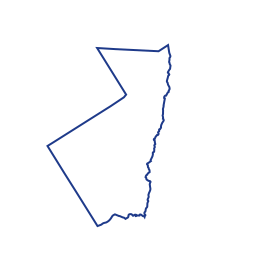 an SVG outline of Chaco, rotated 58°
{"feature_id": "ARG-1306", "entity_name": "Chaco", "entity_type": "Province", "adm_level": 1, "iso_a3": "ARG", "parent_name": "Argentina", "parent_adm1": "", "projection": "natural_earth1", "projection_center": [-59.946, -26.062], "detail": "fine", "context": "isolated", "style": "outline", "palette": "blue", "viewbox_px": 256, "rotation_deg": 58, "n_neighbors": 0, "source": "natural_earth", "source_scale": "10m", "svg_char_len": 4941}
<svg xmlns="http://www.w3.org/2000/svg" viewBox="0 0 256 256"><g transform="rotate(58 128 128)"><path d="M212.2,161.1L211.4,161.1L211.0,161.5L210.7,162.0L210.0,162.3L208.5,162.8L208.0,163.2L207.7,163.7L207.8,164.2L208.3,164.7L208.0,165.2L207.4,166.0L207.1,166.6L207.0,166.9L207.0,167.2L206.9,167.9L206.8,168.1L206.5,168.0L206.3,167.8L206.3,167.7L206.2,167.3L206.0,167.1L205.7,167.3L205.5,167.6L205.3,167.9L205.2,168.2L205.1,168.5L205.1,169.3L205.2,169.9L205.0,170.3L203.3,170.6L202.6,171.1L202.1,171.9L201.9,173.1L202.1,173.6L202.6,174.1L203.4,174.7L203.8,175.5L203.8,176.3L203.7,178.3L203.3,178.4L202.4,178.7L202.0,178.9L200.8,180.0L198.3,181.7L198.2,181.9L198.0,182.2L194.5,184.7L194.3,184.9L194.2,186.3L194.2,187.0L194.3,187.7L194.6,188.4L195.5,190.2L196.0,191.5L196.4,192.9L196.6,194.4L196.6,195.9L196.5,196.7L195.8,198.7L195.7,199.4L195.6,200.2L195.8,201.6L195.7,202.4L195.0,205.8L170.7,205.8L155.9,205.8L132.6,205.9L100.6,205.8L100.6,198.2L100.4,157.4L100.3,136.0L100.3,131.4L99.8,115.2L98.7,111.9L43.8,111.8L54.0,97.5L79.1,61.4L78.9,50.1L86.2,53.2L88.6,53.7L89.1,53.8L89.4,53.9L89.6,54.0L90.0,54.4L90.2,54.7L90.3,54.9L90.4,55.3L90.6,55.6L90.9,55.9L92.3,56.8L93.6,58.0L93.9,58.2L94.1,58.2L94.8,58.3L96.1,58.8L96.8,58.8L97.3,58.8L97.6,58.9L97.8,59.0L98.9,60.0L99.7,60.6L100.0,60.9L100.2,61.1L100.3,61.5L100.4,61.9L101.7,64.4L101.9,64.7L102.1,64.8L102.2,64.7L102.3,64.6L102.5,64.5L103.0,64.7L103.3,64.7L103.5,64.8L103.9,64.6L104.1,64.6L104.4,64.6L104.6,64.8L104.8,65.1L104.8,65.3L104.9,65.5L105.0,65.9L105.0,66.1L105.4,66.6L106.7,67.9L107.2,68.5L108.7,70.1L109.0,70.3L109.7,70.5L109.9,70.5L110.3,70.4L110.5,70.4L111.9,70.9L112.6,71.1L112.8,71.1L114.6,71.2L115.1,71.2L116.4,71.7L116.8,72.0L117.0,72.1L117.2,72.3L118.1,73.9L118.3,74.1L118.8,74.2L119.0,74.4L119.0,74.6L119.0,75.0L119.0,75.5L119.2,75.9L120.5,78.1L120.7,78.5L120.4,78.9L120.3,79.1L120.3,79.4L120.4,79.9L120.5,80.2L120.6,80.5L121.3,81.2L121.6,81.4L121.8,81.5L122.0,81.4L122.2,81.2L122.4,81.1L122.5,81.2L122.7,81.3L127.4,85.6L127.7,85.9L128.1,86.0L128.3,86.2L129.2,87.0L130.3,88.2L130.5,88.4L131.5,88.8L133.6,90.2L133.8,90.3L134.8,91.0L135.1,91.3L135.5,91.8L135.7,92.0L136.0,92.1L137.2,92.5L137.5,92.6L137.8,92.8L138.5,93.3L138.7,93.5L138.9,93.4L139.2,93.3L139.5,93.3L139.8,93.4L140.3,93.6L140.6,93.8L140.7,94.0L141.1,94.7L141.5,95.7L141.8,96.3L142.2,96.8L142.7,97.7L143.1,98.2L143.7,98.8L144.1,99.2L144.9,99.6L145.1,99.8L145.3,100.0L145.5,100.5L145.9,101.3L146.0,101.5L145.9,101.7L145.7,101.9L145.7,102.1L145.8,102.4L146.0,102.6L147.1,103.2L147.3,103.4L147.3,103.7L147.3,104.0L147.5,104.6L147.6,104.8L147.8,104.9L148.7,105.0L149.1,105.1L149.3,105.3L149.4,105.5L149.6,105.8L149.7,106.0L149.7,106.3L149.7,106.5L149.5,106.8L149.4,106.9L149.3,107.0L149.6,107.8L149.7,108.0L149.8,108.2L149.8,108.6L149.9,108.9L150.1,109.3L150.8,110.2L150.9,110.4L151.0,110.6L151.0,110.8L151.0,111.1L151.0,111.4L151.1,111.7L151.3,112.1L151.6,112.2L151.8,112.3L151.9,112.2L152.2,111.9L152.3,111.8L152.5,111.9L152.9,112.2L153.1,112.2L153.3,112.3L153.5,112.4L153.8,112.5L154.1,112.6L154.6,112.9L154.9,113.1L155.1,113.1L155.6,113.2L156.0,113.4L156.2,113.5L156.3,113.8L156.3,114.1L156.4,114.5L156.6,114.7L156.8,114.9L156.9,115.0L158.0,115.2L158.4,115.4L158.5,115.5L159.0,116.4L159.2,116.7L159.4,116.8L160.3,117.2L161.4,118.0L161.7,118.2L161.9,118.4L161.9,118.6L162.0,118.8L161.9,119.3L161.9,119.6L162.0,119.9L162.2,120.1L162.4,120.3L163.0,120.5L163.6,120.9L165.0,122.3L167.2,125.8L167.4,126.0L167.6,126.1L168.2,126.1L168.4,128.6L168.4,129.7L168.3,130.2L168.4,130.5L168.5,130.8L168.7,131.0L168.9,131.0L169.1,131.1L169.3,131.0L169.6,130.9L169.8,130.9L170.0,130.9L170.7,131.2L171.5,131.7L171.8,131.8L172.0,131.8L172.6,131.7L172.8,131.7L173.1,131.8L173.8,132.1L174.2,132.1L174.8,132.1L175.1,132.1L175.5,132.3L176.3,132.7L176.6,132.9L176.9,133.1L176.9,133.3L176.9,133.8L177.0,134.9L177.1,135.2L177.2,135.6L177.6,136.2L177.8,136.5L177.7,136.9L177.7,137.2L177.9,137.7L178.4,138.6L178.8,138.9L179.1,139.2L179.4,139.1L179.6,139.0L179.8,139.0L180.0,139.0L180.9,139.4L181.2,139.5L181.6,139.5L181.8,139.4L182.2,139.3L182.8,138.9L183.4,138.8L183.7,138.6L184.0,138.3L184.2,138.0L184.3,137.9L184.5,137.7L184.8,137.5L185.0,137.4L185.5,137.4L185.7,137.5L186.0,138.0L186.2,138.4L187.2,139.3L187.4,139.5L188.6,140.0L189.7,140.5L191.2,141.1L192.2,141.8L192.8,142.5L193.6,143.6L193.9,144.1L194.3,144.7L195.2,145.7L195.5,146.1L195.9,146.3L197.3,146.9L197.5,147.1L197.7,147.3L198.1,147.9L198.9,149.1L199.2,149.3L199.4,149.5L199.7,149.5L200.1,149.4L200.3,149.4L200.7,149.6L200.9,149.7L201.0,149.9L201.5,150.7L202.2,151.5L204.7,153.2L204.9,153.4L205.1,153.6L205.2,153.8L205.3,154.1L205.4,154.3L205.5,154.7L205.6,155.0L205.7,155.3L206.1,155.8L207.8,157.3L208.0,157.5L208.3,158.6L208.5,158.8L208.6,159.0L209.3,159.4L209.7,159.6L209.9,159.6L210.1,159.6L210.7,159.4L210.9,159.4L211.1,159.4L211.3,159.6L211.4,159.8L211.3,160.1L211.3,160.3L211.3,160.5L212.1,161.0L212.2,161.1Z" fill="none" stroke="#1e3a8a" stroke-width="2"/></g></svg>